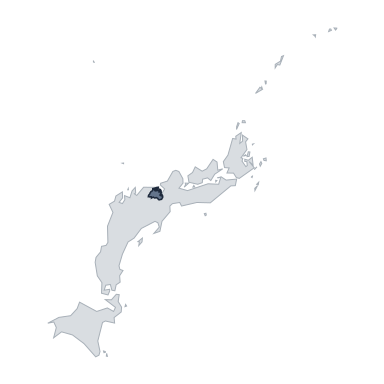 Japan, with Aichi highlighted, rotated 181°
{"feature_id": "JPN-1840", "entity_name": "Aichi", "entity_type": "Prefecture", "adm_level": 1, "iso_a3": "JPN", "parent_name": "Japan", "parent_adm1": "", "projection": "natural_earth1", "projection_center": [137.132, 34.981], "detail": "fine", "context": "in_parent", "style": "filled", "palette": "slate", "viewbox_px": 384, "rotation_deg": 181, "n_neighbors": 0, "source": "natural_earth", "source_scale": "10m", "svg_char_len": 6040}
<svg xmlns="http://www.w3.org/2000/svg" viewBox="0 0 384 384"><g transform="rotate(181 192 192)"><path d="M274.2,87.6L280.7,89.2L280.5,99.8L285.2,106.5L287.6,120.0L286.8,125.0L282.4,130.5L281.5,136.1L277.0,137.1L275.2,140.1L275.9,156.3L270.7,170.2L274.6,178.2L269.3,181.5L268.0,186.7L261.6,190.9L261.3,184.9L264.7,180.4L261.4,179.2L259.0,183.1L259.4,187.2L254.0,185.2L251.9,192.1L248.8,195.6L248.3,190.0L249.6,189.2L247.2,187.6L240.5,195.9L226.1,196.1L228.8,193.1L224.9,192.2L223.7,193.8L222.8,188.8L219.4,194.6L223.8,198.5L223.5,200.2L216.8,202.5L211.5,212.2L208.6,213.4L205.5,212.3L201.4,205.2L201.1,200.8L205.1,195.6L196.5,193.3L176.1,200.5L165.5,200.2L163.3,207.8L158.1,204.5L147.6,205.7L148.8,199.1L153.3,198.8L173.5,181.5L187.0,181.6L202.2,177.8L204.1,181.3L211.4,180.0L213.9,177.5L213.5,172.0L221.5,162.2L223.4,152.1L229.4,149.9L224.1,156.3L225.6,160.7L228.5,162.0L242.0,154.7L249.1,144.9L255.1,140.9L260.5,128.6L263.7,117.0L262.8,113.4L259.6,112.3L262.9,107.0L262.3,100.6L266.2,97.9L267.4,91.9L270.4,92.4L272.0,98.1L276.6,97.3L278.1,92.3L272.6,93.3L272.6,91.5L274.2,87.6ZM309.0,47.0L320.0,49.9L327.8,43.8L325.3,54.1L327.9,59.6L333.9,58.3L322.9,64.3L311.2,66.2L304.8,73.4L302.5,79.9L285.2,70.9L274.6,74.6L268.3,71.2L266.5,75.3L276.8,82.9L270.7,82.8L265.9,88.4L263.0,88.1L263.9,81.2L260.4,75.6L260.7,70.8L267.7,65.1L267.1,59.6L276.3,61.5L279.2,60.0L283.6,41.4L281.2,30.9L282.2,27.2L285.4,25.5L297.3,38.5L309.0,47.0ZM150.8,211.6L157.4,211.6L155.3,216.7L159.9,217.0L161.2,222.9L156.7,229.5L152.3,246.2L148.9,245.7L149.2,248.5L143.8,252.3L145.1,241.4L142.3,243.7L142.6,249.8L137.0,246.1L139.3,243.1L137.8,235.4L143.6,227.1L141.8,226.5L142.5,223.7L138.6,218.3L137.2,219.4L137.7,223.4L139.7,223.4L139.8,225.7L136.2,224.7L132.4,227.8L131.4,220.1L135.4,223.4L130.2,217.3L145.0,206.4L148.0,207.3L150.8,211.6ZM186.4,199.8L195.2,201.7L196.4,208.1L191.8,211.5L189.2,217.2L182.2,213.0L177.7,215.4L171.5,225.0L167.5,222.4L166.6,214.3L161.7,215.7L169.6,210.2L173.4,203.8L176.7,206.4L181.6,205.0L181.9,201.5L186.4,199.8ZM111.0,321.1L105.8,324.4L104.9,329.0L102.9,329.9L106.4,320.5L108.9,320.9L111.0,317.5L111.0,321.1ZM245.2,141.4L240.8,145.1L241.1,141.2L244.3,137.5L243.7,141.2L245.2,141.4ZM130.2,291.7L125.9,297.9L123.3,295.9L130.2,291.7ZM136.4,233.2L134.8,233.0L135.5,228.6L137.6,228.3L136.4,233.2ZM198.9,200.8L195.6,200.7L199.9,196.7L198.6,199.0L198.9,200.8ZM142.8,264.2L140.5,264.2L139.8,262.2L143.1,262.2L142.8,264.2ZM129.3,196.8L126.6,199.5L129.1,194.5L129.3,196.8ZM147.2,262.1L146.0,261.3L148.6,255.3L148.5,258.2L147.2,262.1ZM118.3,224.5L120.6,224.8L121.2,226.5L118.6,227.3L118.3,224.5ZM127.5,200.8L125.5,203.0L125.9,200.3L127.5,200.8ZM52.8,358.5L50.1,358.4L50.1,357.9L51.3,356.4L52.8,358.5ZM179.3,170.6L177.7,171.0L177.3,169.2L178.4,168.5L179.3,170.6ZM123.6,223.6L122.7,221.8L124.2,219.0L125.0,221.2L123.6,223.6ZM58.2,354.8L57.4,357.3L56.1,357.4L55.4,356.1L58.2,354.8ZM121.0,304.3L119.7,304.2L119.8,301.5L120.4,301.3L121.0,304.3ZM277.7,31.5L275.9,31.0L275.8,30.2L277.2,29.8L277.7,31.5ZM141.3,228.7L139.1,230.2L138.5,229.5L141.3,228.7ZM256.4,78.4L255.4,76.8L257.0,76.2L256.4,78.4ZM164.1,207.3L165.4,206.7L167.1,206.7L164.1,207.3ZM274.8,26.4L274.5,29.2L273.7,26.2L274.8,26.4ZM129.3,216.6L127.5,218.3L130.1,215.4L129.3,216.6ZM73.4,351.2L71.1,351.4L71.4,349.2L72.0,350.2L73.4,351.2ZM132.9,208.0L131.6,209.4L132.2,207.5L132.9,208.0ZM191.2,196.9L190.3,198.6L189.4,197.1L191.2,196.9ZM124.5,297.1L124.1,298.3L123.6,296.8L124.5,297.1ZM256.3,193.1L255.8,194.4L255.6,193.1L256.3,193.1ZM132.5,240.9L131.4,241.2L132.4,240.2L132.5,240.9ZM168.4,202.6L168.5,204.1L167.3,203.9L168.4,202.6ZM262.2,219.6L260.9,219.8L260.9,219.1L262.2,219.6ZM292.8,320.2L292.9,321.7L292.1,320.0L292.8,320.2Z" fill="#d9dde1" stroke="#a8b0b8" stroke-width="1"/><path d="M231.3,194.7L230.8,194.8L229.7,195.1L227.1,196.0L226.6,196.0L225.9,196.2L225.7,196.2L225.7,195.9L225.9,195.6L226.0,195.1L226.3,194.8L226.6,195.2L226.7,195.4L226.8,195.5L226.9,195.3L227.1,195.1L227.3,195.0L227.5,195.0L227.9,194.7L228.4,194.3L228.7,194.2L228.9,193.8L229.1,193.8L229.2,194.2L229.1,194.4L229.3,194.2L229.3,193.9L229.6,194.0L229.7,193.9L229.3,193.7L229.4,193.4L229.5,193.2L229.4,193.1L229.1,192.8L228.9,192.6L228.7,192.7L228.2,192.5L227.8,192.6L227.8,192.9L227.7,193.2L227.5,193.3L227.5,193.0L227.3,193.0L227.1,192.9L226.9,192.9L226.6,192.9L226.5,193.1L226.3,192.9L226.0,193.1L225.7,193.0L225.4,192.7L225.0,192.3L224.8,192.2L224.9,191.8L225.1,191.2L225.1,190.8L225.0,191.0L224.8,191.4L224.6,191.7L224.5,192.0L224.4,192.3L224.3,193.1L224.4,193.3L224.5,193.6L224.9,193.7L225.0,194.1L225.0,194.3L224.6,194.3L224.2,194.1L223.8,193.8L223.5,193.7L223.4,193.5L223.3,193.2L223.5,192.9L223.5,192.6L223.6,192.4L223.6,192.1L223.5,191.8L223.3,191.6L223.1,191.6L223.1,191.2L223.1,190.8L223.1,190.5L223.1,190.3L223.2,190.0L223.4,189.7L223.5,189.4L223.6,189.2L223.8,188.9L223.9,188.4L223.9,188.2L223.7,188.1L223.5,188.6L223.4,188.9L223.4,188.6L223.3,188.4L223.2,188.3L223.3,189.0L223.0,189.1L222.9,188.8L222.8,189.2L222.5,189.2L222.2,189.1L222.0,188.9L221.8,188.6L221.7,188.1L221.5,187.9L221.3,187.7L221.2,187.4L221.2,186.2L221.3,185.8L221.9,185.0L222.2,184.2L222.3,184.1L222.5,184.1L222.8,184.2L223.2,184.0L223.4,183.9L224.2,183.7L224.5,183.6L224.9,183.6L225.2,183.8L225.5,184.0L225.8,184.4L225.8,184.5L226.0,184.7L226.1,184.8L226.2,185.1L226.3,185.2L226.6,185.2L226.8,185.3L227.0,185.4L227.4,185.7L227.5,185.7L227.6,185.8L227.9,185.8L228.7,185.4L228.9,185.3L229.1,185.3L229.6,185.6L229.9,185.7L230.1,185.8L230.3,186.1L230.5,186.2L231.3,185.9L231.6,185.7L232.3,185.3L232.2,185.8L232.4,186.4L232.5,186.5L232.8,186.6L233.2,186.5L233.4,186.5L233.5,186.3L233.8,186.3L234.0,186.3L234.9,186.5L235.6,186.5L235.5,187.0L235.5,187.4L235.4,187.8L235.1,188.3L234.9,188.6L234.2,189.3L234.1,189.5L234.0,190.2L233.9,190.4L233.4,190.9L233.3,191.2L233.2,191.5L232.7,192.0L231.9,192.3L231.7,192.4L231.6,192.6L231.4,193.2L231.3,193.5L231.2,193.9L231.3,194.2L231.3,194.4L231.3,194.5L231.3,194.7ZM222.8,191.5L223.1,191.7L223.1,191.9L223.0,192.0L222.9,192.1L222.8,191.5Z" fill="#64748b" stroke="#1e293b" stroke-width="1.5"/></g></svg>